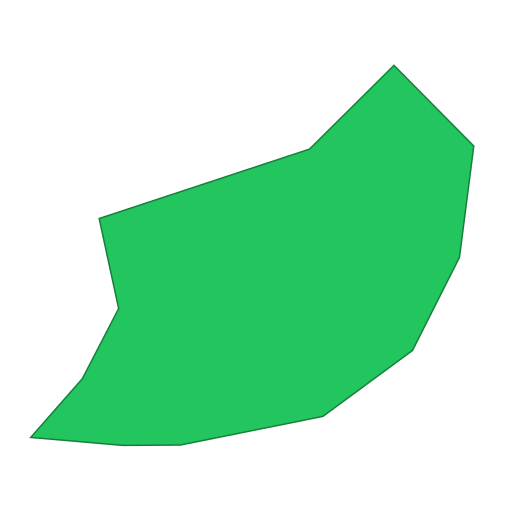 Saint James Windward, Natural Earth projection, rotated 96°
{"feature_id": "KNA-5103", "entity_name": "Saint James Windward", "entity_type": "Parish", "adm_level": 1, "iso_a3": "KNA", "parent_name": "Saint Kitts and Nevis", "parent_adm1": "", "projection": "natural_earth1", "projection_center": [-62.57, 17.171], "detail": "fine", "context": "isolated", "style": "filled", "palette": "green", "viewbox_px": 512, "rotation_deg": 96, "n_neighbors": 0, "source": "natural_earth", "source_scale": "10m", "svg_char_len": 321}
<svg xmlns="http://www.w3.org/2000/svg" viewBox="0 0 512 512"><g transform="rotate(96 256 256)"><path d="M52.0,138.7L123.9,50.9L236.1,53.5L333.6,90.5L408.5,172.7L451.9,311.5L458.3,368.9L460.0,461.1L396.2,415.9L322.6,387.1L235.1,415.9L144.1,214.0L52.0,138.7Z" fill="#22c55e" stroke="#15803d" stroke-width="1.5"/></g></svg>